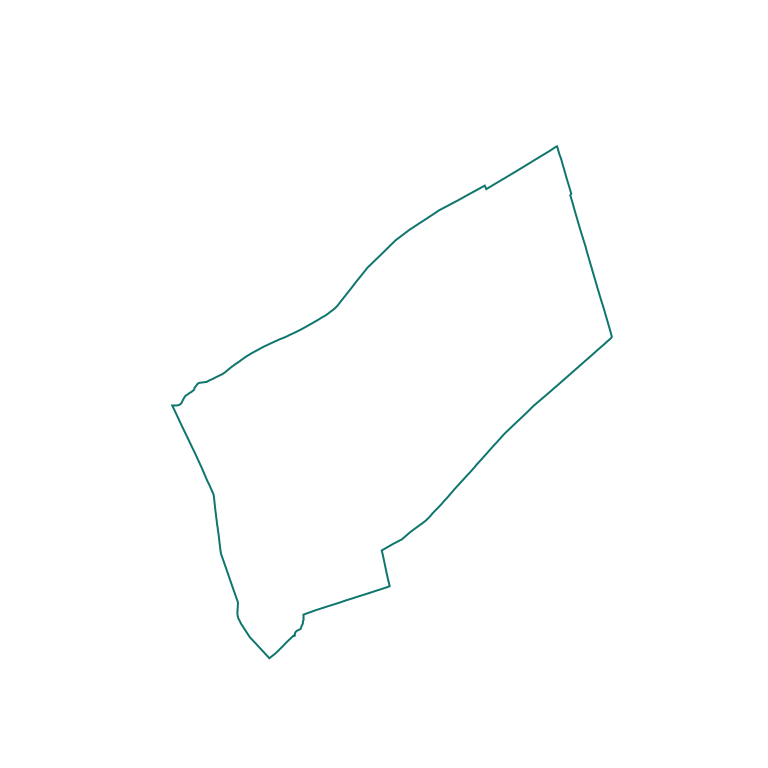 outline of Cochirleanca, Buzau, Romania, rotated 122°
{"feature_id": "2599482B68265285163433", "entity_name": "Cochirleanca", "entity_type": "district", "adm_level": 2, "iso_a3": "ROU", "parent_name": "Romania", "parent_adm1": "Buzau", "projection": "equal_earth", "projection_center": [27.016, 45.202], "detail": "fine", "context": "isolated", "style": "outline", "palette": "teal", "viewbox_px": 768, "rotation_deg": 122, "n_neighbors": 0, "source": "geoboundaries", "source_scale": "gbopen_adm2", "svg_char_len": 4830}
<svg xmlns="http://www.w3.org/2000/svg" viewBox="0 0 768 768"><g transform="rotate(122 384 384)"><path d="M514.4,552.2L514.5,552.0L514.7,551.7L514.9,551.5L519.3,544.6L523.2,538.6L523.3,538.5L527.5,531.9L535.2,519.7L535.3,519.6L543.3,506.9L551.9,493.8L556.1,487.8L559.6,482.8L562.1,478.7L564.6,475.0L568.1,469.9L570.0,468.3L579.3,461.0L588.4,453.6L592.7,450.2L592.9,449.8L596.3,447.1L598.8,444.9L611.8,434.5L614.5,432.1L619.6,425.7L636.8,404.4L645.9,393.0L647.2,391.7L656.6,386.6L659.6,383.8L663.2,377.9L666.6,370.6L670.0,363.2L670.0,362.9L671.7,356.5L676.7,338.2L677.3,335.9L670.1,333.3L669.3,333.1L667.7,332.7L663.9,331.8L659.8,330.8L655.6,330.0L650.8,328.8L646.2,327.6L645.1,327.2L645.3,326.6L644.7,326.3L642.8,327.3L641.7,327.6L639.4,327.1L636.3,325.1L635.3,325.0L632.8,325.7L630.6,325.8L629.6,326.1L628.5,326.9L627.5,327.2L626.5,327.2L626.1,327.4L625.2,328.3L623.9,328.9L622.3,330.1L612.1,322.1L602.1,313.7L596.4,308.8L595.5,308.0L592.8,305.7L587.9,301.8L587.6,301.5L584.4,298.8L582.0,296.7L577.1,292.6L568.9,285.6L564.8,282.2L561.8,279.7L560.5,278.5L559.1,277.4L554.8,273.8L554.1,273.3L553.5,272.8L553.0,272.5L552.4,272.1L551.8,272.7L546.7,277.9L541.9,282.6L536.8,287.5L532.3,291.8L526.3,297.7L514.9,291.6L506.0,286.4L502.6,285.4L495.9,283.3L494.5,282.8L490.4,281.2L487.2,279.9L485.0,279.0L481.9,277.7L481.1,277.4L479.6,276.9L477.9,276.2L476.9,276.0L474.2,275.3L472.4,274.9L467.5,274.2L464.6,273.6L460.3,272.6L455.0,271.5L451.8,271.1L450.4,270.8L448.0,270.3L445.4,269.9L438.8,268.9L437.7,268.7L436.0,268.5L434.9,268.3L431.7,267.7L430.3,267.4L428.1,267.0L426.7,266.8L425.5,266.6L424.6,266.4L423.5,266.2L421.4,265.8L418.1,265.2L414.1,264.4L409.6,263.6L406.3,263.1L404.9,262.9L403.3,262.7L403.0,262.7L402.3,262.5L400.7,262.2L399.4,262.0L398.4,261.8L397.1,261.6L395.7,261.3L392.5,260.8L390.0,260.3L386.5,259.7L386.0,259.7L385.5,259.7L384.8,259.5L380.9,258.8L378.9,258.5L376.9,258.1L375.5,257.8L373.9,257.5L363.5,255.7L360.0,254.9L348.4,251.9L338.1,249.2L333.0,247.9L332.9,247.9L332.6,247.8L323.6,245.7L322.9,245.5L313.8,242.6L307.5,240.6L304.8,239.8L303.0,239.2L298.7,237.9L297.9,237.7L297.3,237.5L295.1,236.8L293.6,236.3L286.9,234.3L269.5,229.1L267.5,228.5L266.7,228.2L265.5,227.9L261.8,226.8L261.2,226.6L259.4,226.1L257.4,225.5L256.6,225.2L245.5,221.9L245.3,221.9L239.0,220.0L238.4,219.8L234.1,218.5L229.1,217.1L227.7,216.6L226.5,216.3L225.6,216.0L224.7,215.8L223.7,215.8L223.1,215.9L223.0,216.0L222.9,216.1L222.1,217.0L221.1,218.1L220.9,218.3L220.5,218.7L216.5,223.1L202.3,239.0L198.0,244.1L193.7,249.0L191.5,251.5L190.0,253.2L188.5,254.9L169.4,276.3L163.9,282.5L160.5,286.0L160.4,286.2L148.8,299.7L135.3,314.8L130.7,319.8L130.5,320.0L130.0,320.6L125.3,326.0L124.6,326.1L124.2,326.0L123.6,326.0L123.3,326.1L117.5,332.7L112.0,339.0L111.6,339.4L110.3,340.8L108.0,343.4L106.5,345.0L104.2,347.7L103.4,348.6L101.3,350.8L99.5,352.8L99.1,353.3L98.7,353.7L98.5,354.0L98.1,354.5L97.5,355.4L96.4,356.8L95.3,358.1L94.7,358.7L93.5,360.1L92.2,361.4L91.9,361.9L91.7,362.1L91.3,362.5L91.2,362.6L91.0,362.8L90.8,363.0L90.7,363.1L91.0,363.4L91.3,363.6L92.1,364.1L92.7,364.4L93.7,364.8L95.5,365.6L97.0,366.3L98.1,366.8L98.5,367.0L99.0,367.3L100.5,368.0L102.6,369.1L103.3,369.4L106.4,371.0L106.7,371.2L109.5,372.6L110.2,372.9L113.5,374.6L115.0,375.4L118.6,377.1L119.8,377.7L122.1,378.9L122.9,379.3L124.9,380.3L127.2,381.4L128.7,382.2L129.9,382.8L130.3,383.0L131.3,383.5L131.8,383.7L132.4,384.0L132.9,384.3L133.4,384.5L134.1,384.9L135.1,385.4L135.8,385.8L137.8,386.8L138.5,387.2L140.0,387.9L141.7,388.8L144.2,390.1L146.0,391.0L148.8,392.5L151.6,393.9L153.7,395.0L159.6,398.0L164.5,400.5L162.4,403.7L179.3,413.2L182.6,415.0L190.5,419.4L190.6,419.5L207.5,429.3L219.2,434.6L225.9,437.7L229.7,439.5L235.0,441.9L240.4,444.4L247.0,446.9L255.9,450.3L264.4,452.4L265.5,452.6L274.6,454.8L285.4,457.5L291.9,459.1L293.9,459.6L294.4,459.7L300.9,460.4L304.9,460.9L309.0,461.4L312.2,461.8L312.4,461.8L312.8,461.8L313.4,461.9L319.9,462.5L337.6,464.5L340.8,464.8L341.2,464.8L341.7,464.9L342.6,465.0L346.0,465.8L348.9,466.8L351.0,467.7L353.9,468.7L356.6,469.8L358.1,470.6L360.2,471.8L365.1,474.2L376.6,480.4L378.6,481.5L380.4,482.5L383.9,484.6L385.1,485.3L389.1,487.8L391.9,489.7L393.4,490.6L394.8,491.4L399.5,494.7L400.4,495.5L401.9,496.5L410.2,502.0L412.0,503.1L414.4,504.7L416.6,506.1L419.5,507.7L424.2,510.4L428.7,512.9L433.9,515.5L440.2,518.1L440.6,518.2L442.8,519.1L444.9,520.1L450.8,522.5L455.8,524.2L457.7,524.8L458.4,525.0L461.5,526.4L463.2,527.5L464.9,528.6L467.2,530.0L471.5,532.6L473.1,533.8L473.8,534.2L476.2,535.5L480.2,540.4L480.6,541.0L482.5,542.2L484.5,542.3L486.0,542.4L487.4,542.7L489.1,542.1L489.7,542.1L490.5,542.3L491.9,542.8L493.0,543.2L494.1,543.9L495.8,544.6L499.1,546.0L499.7,546.2L503.6,546.1L507.0,545.7L508.5,545.8L510.6,546.8L512.2,548.6L514.0,551.6L514.2,551.9L514.4,552.2Z" fill="none" stroke="#0f766e" stroke-width="2"/></g></svg>